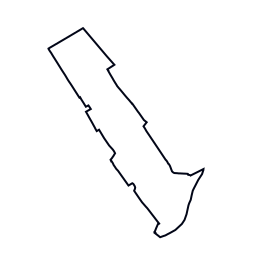 Roseti, Calarasi, Romania (Robinson projection), rotated 325°
{"feature_id": "2599482B60300141658332", "entity_name": "Roseti", "entity_type": "district", "adm_level": 2, "iso_a3": "ROU", "parent_name": "Romania", "parent_adm1": "Calarasi", "projection": "robinson", "projection_center": [27.459, 44.223], "detail": "fine", "context": "isolated", "style": "outline", "palette": "ink", "viewbox_px": 256, "rotation_deg": 325, "n_neighbors": 0, "source": "geoboundaries", "source_scale": "gbopen_adm2", "svg_char_len": 2933}
<svg xmlns="http://www.w3.org/2000/svg" viewBox="0 0 256 256"><g transform="rotate(325 128 128)"><path d="M148.4,20.4L139.1,19.7L127.4,18.8L110.0,17.4L109.8,17.4L109.6,17.4L109.3,17.4L108.5,17.3L108.4,17.3L108.3,17.5L108.2,18.4L108.1,20.2L108.1,20.5L108.1,21.1L108.1,22.4L108.1,22.7L108.0,23.8L107.9,25.3L107.8,26.8L107.7,29.4L107.6,31.0L107.5,33.5L107.0,42.6L106.8,48.6L106.6,51.3L106.4,53.6L106.3,56.1L106.3,58.3L106.2,61.4L106.0,65.7L105.6,75.3L106.4,75.3L106.3,76.4L106.1,78.3L106.1,79.1L106.0,80.7L106.0,81.3L105.8,84.5L105.7,86.4L108.5,86.8L108.5,87.7L108.5,88.6L108.4,91.1L102.9,90.6L102.8,91.6L102.5,94.6L102.3,96.4L102.0,99.5L101.9,100.8L101.6,103.7L101.3,106.3L101.2,107.4L101.0,109.0L100.8,110.4L100.6,112.6L103.3,112.8L102.6,122.6L102.5,131.5L103.2,137.0L103.2,139.0L102.9,141.3L101.7,141.8L100.8,142.2L100.3,142.4L100.2,142.5L99.1,142.9L98.7,143.0L97.8,143.4L97.4,143.5L96.7,143.7L95.5,144.0L95.2,145.5L95.5,145.5L95.4,148.1L95.0,150.2L95.0,152.4L94.9,154.6L95.3,157.4L95.3,160.0L95.4,175.4L99.8,175.7L100.3,176.8L100.2,179.2L99.8,180.8L98.8,181.8L97.1,182.9L97.1,183.2L97.0,183.3L96.9,192.1L96.9,196.9L97.5,202.7L97.7,204.0L97.8,205.0L98.4,218.8L98.6,223.5L98.7,223.9L98.7,224.2L98.4,224.2L98.3,223.9L98.3,223.7L98.3,223.3L98.2,223.4L96.9,224.2L96.1,224.7L93.8,226.1L90.6,228.2L90.4,228.2L90.4,228.6L90.4,229.4L89.7,229.3L91.2,234.2L91.7,235.9L92.4,236.1L95.3,236.9L96.9,237.4L98.4,237.6L98.7,237.6L100.3,237.8L101.6,238.0L108.3,238.7L112.7,238.1L117.1,237.5L121.6,235.7L126.5,232.2L133.1,226.1L135.0,224.7L137.2,223.4L137.7,223.1L138.2,222.8L139.9,221.2L141.6,219.6L145.1,216.5L148.0,214.9L149.0,214.4L155.8,210.8L162.3,208.2L163.7,207.1L163.9,207.0L165.3,205.9L165.5,205.8L166.3,204.9L164.9,204.7L160.7,204.1L152.0,202.8L152.0,202.7L151.7,202.0L150.7,201.1L150.4,200.8L150.4,200.7L150.7,200.3L150.7,199.9L150.4,199.6L148.9,198.4L147.6,197.4L146.3,196.4L144.3,194.8L143.3,194.1L143.0,193.8L142.2,193.1L140.4,191.7L140.1,191.4L139.9,191.1L139.7,190.7L139.4,189.9L139.3,189.3L139.2,188.7L139.3,188.3L139.5,187.7L139.6,187.0L139.9,186.0L140.4,184.0L140.6,183.2L140.7,182.1L140.8,181.4L140.8,181.1L140.6,180.7L140.5,180.4L140.5,180.2L140.8,178.1L140.8,177.9L140.8,176.4L140.7,176.3L140.6,175.7L140.8,167.0L141.1,152.4L141.3,141.0L141.6,138.2L141.7,135.5L146.6,134.0L145.6,130.6L145.6,130.4L145.6,126.9L145.6,126.3L145.6,125.8L145.6,124.5L145.6,122.8L145.6,121.5L145.5,120.6L145.5,119.5L145.5,118.3L145.5,117.0L145.5,115.6L145.5,114.1L145.5,112.6L145.5,111.3L145.5,110.6L145.4,110.6L145.2,110.5L145.2,110.3L145.3,110.1L145.2,109.4L145.1,108.3L144.9,105.9L144.5,102.6L144.2,99.4L143.7,93.1L143.5,90.9L143.4,90.2L143.3,89.1L143.3,88.6L143.2,87.9L143.2,87.3L143.3,86.4L143.3,85.8L143.4,84.8L143.4,83.9L143.5,82.5L143.6,80.7L143.8,78.9L144.2,73.6L144.6,69.6L144.8,69.6L144.8,68.1L153.1,68.4L151.8,57.1L150.6,43.9L150.0,37.3L149.4,30.8L148.6,22.1L148.5,20.8L148.4,20.4Z" fill="none" stroke="#020617" stroke-width="2"/></g></svg>